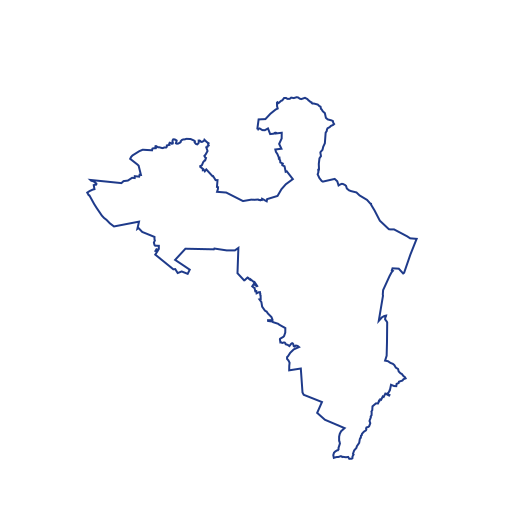 the district of Atotonilco de Tula, Hidalgo, Mexico, rotated 109°
{"feature_id": "50627088B84113731663943", "entity_name": "Atotonilco de Tula", "entity_type": "district", "adm_level": 2, "iso_a3": "MEX", "parent_name": "Mexico", "parent_adm1": "Hidalgo", "projection": "mercator", "projection_center": [-99.239, 19.96], "detail": "fine", "context": "isolated", "style": "outline", "palette": "blue", "viewbox_px": 512, "rotation_deg": 109, "n_neighbors": 0, "source": "geoboundaries", "source_scale": "gbopen_adm2", "svg_char_len": 6056}
<svg xmlns="http://www.w3.org/2000/svg" viewBox="0 0 512 512"><g transform="rotate(109 256 256)"><path d="M238.0,437.3L238.5,436.2L238.3,434.6L238.6,432.7L239.5,430.5L239.8,430.3L240.7,430.5L241.0,431.5L241.8,432.5L245.4,430.5L246.4,432.0L248.7,434.4L251.0,436.2L253.0,434.0L252.9,433.3L259.5,426.0L262.4,422.4L268.0,414.9L269.5,412.1L270.5,409.1L272.7,404.8L274.3,399.9L261.6,377.8L268.9,377.0L267.8,376.2L270.3,371.4L271.0,358.2L273.3,357.4L274.2,356.7L276.6,356.9L278.6,355.6L279.1,354.7L278.0,351.2L280.9,350.2L281.9,350.4L282.0,352.3L283.9,352.7L283.8,350.8L287.5,351.7L295.5,329.8L294.7,328.1L297.6,324.5L294.8,321.2L295.1,314.8L290.5,314.2L286.0,331.2L272.1,325.1L263.4,298.0L262.5,297.8L260.2,285.3L257.6,277.8L254.1,275.3L278.3,267.9L282.9,259.3L282.7,258.9L279.1,257.0L279.2,256.2L279.5,256.2L280.4,253.7L279.8,253.6L281.3,249.6L281.0,249.1L284.0,245.1L284.3,245.4L283.3,249.0L285.9,249.7L286.7,247.6L286.6,247.0L289.6,245.2L289.1,244.3L291.1,243.3L289.3,241.5L288.9,240.5L289.7,240.2L290.0,239.8L291.5,239.3L291.8,238.8L295.3,237.5L295.9,238.6L297.8,235.9L301.9,233.7L304.6,230.0L305.0,229.0L305.0,228.0L306.5,226.0L308.7,221.5L310.8,219.7L311.8,219.4L312.0,221.6L312.8,223.7L313.5,223.4L312.6,219.0L313.0,218.5L312.9,212.9L313.4,211.6L314.6,204.8L318.9,203.4L322.5,203.4L323.5,203.8L326.4,206.3L326.9,206.3L329.8,204.8L329.4,204.1L329.7,202.9L328.7,201.5L328.5,200.7L328.9,199.9L329.8,199.2L329.7,197.1L330.3,195.1L327.9,194.3L326.9,193.7L326.6,193.1L327.2,192.1L329.0,190.9L329.1,190.1L327.7,189.2L327.6,188.6L327.5,187.3L328.1,185.7L332.0,189.9L336.3,192.1L340.3,193.1L341.5,193.7L343.2,193.1L344.2,191.3L346.0,189.5L349.0,188.8L353.3,187.4L347.8,177.0L369.9,167.6L371.7,165.7L372.6,146.1L384.4,147.1L388.4,137.5L389.9,116.2L394.0,118.5L396.8,118.9L399.7,118.6L403.8,117.2L404.0,116.8L406.0,115.6L410.7,115.5L411.8,115.0L413.0,115.3L413.3,116.0L415.0,117.4L416.6,118.2L419.1,118.1L421.5,116.7L419.9,114.5L419.3,112.8L417.7,110.7L417.6,109.9L418.0,109.0L417.6,108.5L417.0,105.4L416.0,103.4L417.4,101.8L416.5,99.5L415.8,99.0L414.1,99.5L412.0,99.1L411.5,99.9L407.9,99.9L404.8,98.6L403.0,98.7L399.1,97.6L395.5,98.2L394.4,98.2L393.7,97.7L392.4,98.1L391.7,98.2L391.1,97.7L389.6,97.9L387.0,96.8L385.1,95.3L384.1,95.2L383.1,95.8L382.1,95.7L381.1,94.2L380.2,93.6L377.0,93.5L376.0,94.1L375.5,94.7L374.7,95.0L371.1,94.9L370.4,95.3L368.9,94.9L366.3,95.7L365.5,96.2L363.9,95.9L360.2,96.9L356.3,94.6L355.7,92.6L352.9,92.6L353.0,92.1L351.1,91.9L351.2,90.9L347.5,90.4L347.7,89.4L344.0,88.9L344.6,84.7L344.0,84.6L343.8,87.6L342.4,86.4L340.5,85.9L339.6,86.0L339.4,85.7L333.8,86.4L334.0,83.1L333.4,81.0L331.1,81.4L329.7,79.8L328.3,79.9L326.1,77.0L324.4,76.4L323.0,74.7L322.1,75.7L321.5,77.5L320.0,79.8L319.9,81.1L318.7,83.5L316.6,84.9L316.0,87.5L314.1,89.7L313.4,91.5L313.3,94.1L312.5,97.0L312.9,99.9L307.8,100.0L295.1,104.0L276.2,110.3L275.5,110.9L273.9,113.3L271.4,113.9L271.0,113.5L270.0,113.6L271.0,115.2L272.9,116.9L277.4,118.8L252.2,123.0L251.1,123.6L246.9,124.7L231.5,123.2L227.2,122.5L225.5,121.8L225.3,122.9L223.2,122.9L221.5,116.9L224.6,111.2L223.6,110.5L204.3,110.5L187.5,109.7L189.1,116.0L188.2,119.5L185.9,134.2L187.1,137.6L187.4,139.1L182.3,150.4L174.3,158.8L170.2,163.7L169.2,164.2L169.3,164.8L166.8,169.3L165.0,177.8L163.2,181.7L163.7,187.4L163.6,189.5L162.6,192.1L160.4,193.7L159.9,195.0L159.6,197.3L159.9,198.5L161.3,200.0L162.4,200.9L158.9,203.5L157.5,206.7L163.9,217.0L163.7,218.3L161.7,221.4L158.7,224.3L156.5,224.3L154.5,225.1L154.5,224.6L153.4,224.7L148.5,226.6L143.0,227.8L140.4,227.1L137.3,228.8L136.6,228.8L134.0,227.7L130.8,228.0L127.0,227.6L116.7,230.3L114.8,229.8L113.3,230.1L111.9,229.9L110.2,228.3L108.7,227.6L106.9,225.7L105.8,225.1L104.8,226.4L103.4,227.2L103.2,228.7L103.5,232.7L102.6,234.9L98.5,237.4L97.4,240.0L96.0,241.7L95.7,242.5L93.8,243.6L93.6,245.0L92.7,246.9L93.0,250.9L93.5,252.3L93.2,253.2L92.7,253.4L92.4,255.4L91.9,256.1L91.9,256.8L90.9,258.5L90.5,261.2L92.9,264.3L93.0,265.9L92.4,267.7L92.6,269.2L94.4,271.7L94.8,274.3L96.3,275.2L96.6,275.7L97.2,277.5L96.8,279.1L97.5,280.9L100.3,281.8L101.0,282.7L104.1,284.5L103.6,285.8L104.2,286.1L107.6,284.8L109.5,283.5L111.1,285.1L116.8,288.7L123.5,291.7L126.0,298.0L135.0,296.2L135.0,295.6L135.4,295.2L134.8,295.0L134.2,294.1L134.9,291.0L134.2,288.6L131.5,286.2L136.1,282.3L134.6,279.1L133.5,278.4L133.0,277.5L133.0,277.2L133.7,277.1L131.1,271.8L136.5,270.0L142.5,270.6L146.3,266.9L149.0,272.4L151.0,271.1L152.7,268.9L155.8,266.2L155.5,265.8L157.0,265.1L157.1,265.3L157.7,264.3L159.6,263.5L159.9,260.8L161.0,261.0L161.6,260.7L161.9,258.2L166.7,255.4L165.9,254.5L171.3,246.2L178.5,251.2L184.6,253.7L192.2,255.2L198.6,264.0L200.8,263.7L199.9,268.9L201.2,268.7L201.6,270.2L201.9,270.2L202.1,271.9L201.9,272.4L203.3,275.6L204.3,278.9L208.3,286.2L205.7,304.8L208.0,313.7L205.1,313.8L203.3,314.3L203.4,315.4L196.8,317.1L197.4,318.9L194.4,322.6L194.7,323.1L190.3,331.2L192.6,332.0L191.3,333.7L192.0,334.3L190.8,334.8L189.9,337.7L189.1,338.0L188.1,336.9L187.7,336.7L184.5,336.5L182.4,335.7L182.2,335.2L179.6,335.2L179.4,336.0L178.2,337.4L176.4,336.7L172.5,336.0L169.4,338.4L168.5,337.4L167.9,337.6L166.9,336.7L165.6,337.9L164.8,337.6L164.2,339.8L162.9,342.6L163.9,342.6L165.6,344.1L166.0,345.0L165.3,346.2L165.2,347.1L165.5,347.8L166.9,347.2L168.1,347.1L169.6,347.9L169.6,349.2L169.0,350.3L168.4,351.1L167.4,351.1L167.0,352.3L166.7,355.9L167.9,360.0L168.9,361.3L169.5,362.8L170.5,363.9L172.1,364.6L172.6,364.3L173.4,364.6L175.2,366.4L175.6,367.5L175.5,368.4L172.7,368.6L172.5,368.9L172.4,370.5L172.2,370.7L172.6,372.2L173.7,372.5L174.9,372.3L176.1,371.4L176.8,371.4L177.3,372.2L176.9,373.5L177.0,374.5L178.2,374.6L179.1,374.0L180.5,376.3L181.8,375.9L182.7,376.3L183.2,378.0L184.3,379.2L184.5,379.9L184.7,383.0L185.1,383.9L184.6,386.4L184.9,386.8L185.6,386.6L185.9,385.8L186.7,385.8L187.7,388.4L188.2,388.9L189.9,388.7L192.4,397.7L194.8,400.4L201.1,405.5L202.9,406.3L205.1,406.6L208.1,397.9L208.8,396.4L216.8,391.2L217.1,392.5L219.0,392.3L220.0,396.6L221.8,396.1L222.4,398.6L226.4,401.7L228.3,405.6L230.9,407.0L238.0,437.3Z" fill="none" stroke="#1e3a8a" stroke-width="2"/></g></svg>